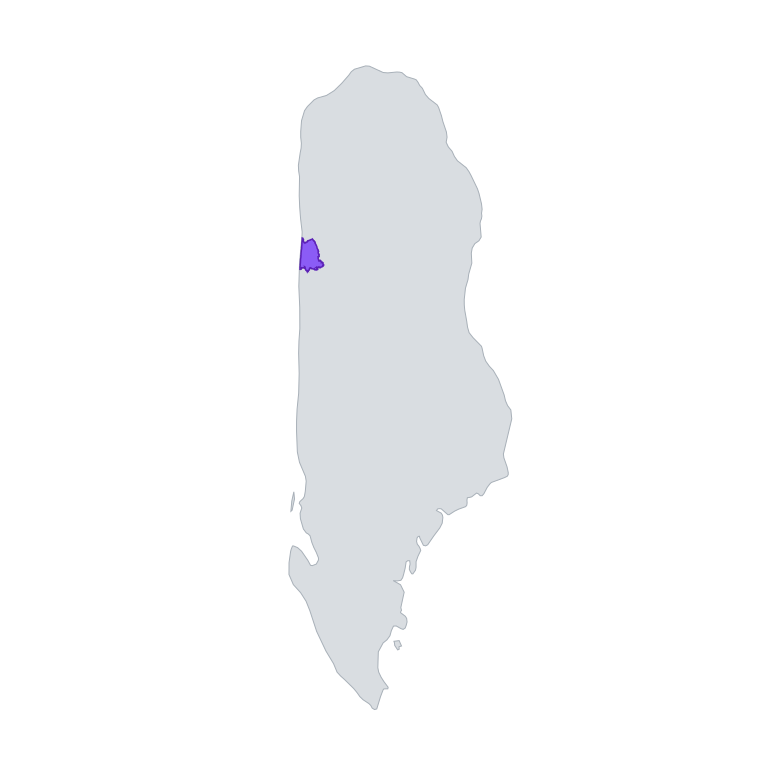 Manakara Atsimo, Vatovavy-Fitovinany, Madagascar (highlighted), rotated 165°
{"feature_id": "10022922B29911348985828", "entity_name": "Manakara Atsimo", "entity_type": "district", "adm_level": 2, "iso_a3": "MDG", "parent_name": "Madagascar", "parent_adm1": "Vatovavy-Fitovinany", "projection": "natural_earth1", "projection_center": [47.828, -21.964], "detail": "fine", "context": "in_parent", "style": "filled", "palette": "violet", "viewbox_px": 768, "rotation_deg": 165, "n_neighbors": 0, "source": "geoboundaries", "source_scale": "gbopen_adm2", "svg_char_len": 8055}
<svg xmlns="http://www.w3.org/2000/svg" viewBox="0 0 768 768"><g transform="rotate(165 384 384)"><path d="M488.2,88.2L490.0,93.1L492.1,97.7L498.7,108.9L501.5,113.2L503.9,117.8L505.1,126.9L509.2,141.1L513.1,162.5L514.3,184.4L515.5,194.4L518.5,203.9L523.5,213.7L525.1,224.6L522.0,235.9L517.5,246.5L516.4,248.4L514.3,251.2L513.3,251.0L509.8,248.3L506.9,243.8L503.2,233.3L501.9,227.9L500.3,227.1L496.0,227.6L492.9,230.9L492.3,233.0L493.0,238.9L494.1,244.3L494.7,249.7L494.7,256.5L495.9,258.6L497.6,260.3L499.4,264.8L499.6,275.5L498.5,280.9L495.5,285.5L495.7,288.0L496.8,290.7L495.7,292.2L491.7,294.3L490.0,296.0L487.8,300.7L484.3,310.3L483.8,315.2L485.9,330.2L485.3,340.7L480.7,361.0L478.1,370.6L474.5,382.1L468.8,397.2L463.2,416.2L458.5,435.8L455.0,447.6L451.0,459.1L445.6,479.6L441.0,500.4L434.1,523.3L424.7,548.8L423.7,552.1L421.8,565.2L419.7,576.5L417.2,587.7L411.9,606.2L411.3,611.9L410.1,617.4L405.1,629.0L403.0,633.3L401.5,637.9L400.6,643.8L399.1,649.4L395.5,659.7L390.0,668.6L386.2,671.8L378.1,676.5L374.0,677.5L364.9,677.6L356.1,680.3L347.0,685.4L338.2,691.3L334.8,694.1L331.1,695.7L319.4,696.0L315.9,694.8L304.2,685.1L299.7,683.5L291.1,682.1L288.5,681.3L286.1,680.1L282.6,675.0L275.7,670.7L274.1,669.4L273.0,666.4L272.3,663.2L270.4,659.7L269.1,652.9L266.8,648.2L260.4,639.8L259.7,637.1L259.1,628.3L259.2,622.3L258.5,611.3L259.2,606.1L261.4,601.4L260.5,596.4L258.0,591.1L257.1,585.6L255.3,580.6L248.6,571.6L247.0,567.2L245.9,562.6L243.2,548.3L242.9,543.4L243.2,532.8L244.0,527.4L245.6,523.7L246.0,520.9L247.1,518.4L248.6,516.5L249.7,514.2L252.1,500.8L255.2,497.8L259.9,496.1L263.6,492.5L265.8,487.8L267.9,478.0L273.7,468.3L275.8,463.2L280.5,455.5L284.7,444.7L286.0,439.6L286.9,434.4L287.9,422.9L288.6,417.2L288.5,411.5L286.0,405.7L280.1,395.2L280.0,393.2L280.4,385.4L279.8,379.7L277.7,374.0L274.9,368.7L272.2,358.8L270.8,342.3L271.0,336.4L270.2,331.1L268.2,326.1L269.6,317.3L286.8,285.5L287.3,281.7L286.6,272.0L286.9,266.3L287.5,264.3L288.8,263.0L291.8,262.4L305.8,261.1L307.6,260.1L311.1,257.4L315.9,252.2L318.1,250.7L320.0,251.2L321.3,253.5L322.8,254.7L328.5,252.3L330.7,252.3L332.9,252.6L333.9,250.5L334.5,247.6L335.4,245.5L336.9,244.4L344.2,243.8L348.8,242.9L354.9,240.9L356.2,241.3L361.0,248.6L362.5,249.2L364.4,249.5L366.1,248.2L362.1,244.4L361.5,242.2L361.7,239.8L363.8,234.5L367.4,230.5L375.2,224.4L383.4,217.4L385.7,216.9L387.7,218.0L389.3,226.3L389.1,227.7L390.4,227.9L391.9,226.8L393.3,223.5L393.3,220.7L392.2,218.1L391.7,215.8L391.6,213.7L395.8,208.8L399.0,204.1L400.5,198.6L401.8,196.0L405.3,193.1L406.3,193.5L407.1,195.9L407.5,198.4L406.7,200.9L405.4,203.3L404.9,206.6L406.8,207.2L408.7,206.4L411.3,200.5L414.4,194.9L416.2,192.0L418.5,190.0L422.3,190.4L426.0,191.7L420.0,185.8L418.4,177.7L425.6,163.7L425.7,160.8L426.7,159.9L427.2,158.8L423.5,154.1L422.8,151.7L423.3,148.2L425.1,145.0L426.7,142.8L429.0,142.0L430.8,143.2L434.8,147.1L437.5,147.7L440.7,143.9L443.4,139.3L447.4,136.1L451.9,134.1L458.8,126.8L463.4,111.5L463.7,107.0L462.7,101.6L461.1,96.5L458.5,90.0L459.2,88.6L463.0,89.5L464.2,88.6L468.3,82.9L475.1,72.0L477.4,72.0L479.3,74.0L480.0,77.0L481.3,79.2L485.9,84.4L488.2,88.2ZM440.9,131.2L441.0,132.9L435.8,132.2L434.9,126.4L437.5,126.3L438.0,123.9L439.6,123.6L441.3,128.7L440.9,131.2ZM503.4,294.7L499.0,303.2L500.2,296.1L505.4,285.9L506.9,285.1L503.4,294.7Z" fill="#d9dde1" stroke="#a8b0b8" stroke-width="1"/><path d="M411.9,514.0L411.7,514.2L411.7,514.4L411.4,514.6L411.5,515.0L411.8,515.2L411.9,515.5L411.8,515.8L411.9,516.0L411.7,516.2L411.5,516.7L411.7,516.8L411.9,517.1L412.1,517.2L412.8,517.3L412.6,517.5L412.3,517.8L412.6,518.0L412.8,518.2L413.0,518.4L413.1,518.7L413.2,518.9L413.1,519.1L413.1,519.3L413.4,519.6L413.5,519.6L413.6,519.4L413.8,520.0L414.3,519.7L414.4,519.8L414.5,519.8L414.7,519.6L414.9,519.5L415.1,519.7L415.2,519.9L415.1,520.3L415.1,520.7L415.0,521.0L415.0,521.3L415.2,521.7L415.2,521.8L415.1,522.2L415.1,522.8L414.8,523.1L414.8,523.3L414.8,523.8L414.8,524.0L414.5,524.0L414.2,524.0L414.0,523.8L413.9,523.8L413.7,523.9L413.7,524.2L413.6,524.3L413.7,524.6L413.5,524.8L413.5,525.0L413.5,525.3L413.4,525.3L413.2,525.4L413.1,525.5L413.2,526.0L413.3,526.2L413.3,526.6L413.5,526.7L413.5,526.8L413.5,527.0L413.7,527.4L413.7,527.5L413.7,527.8L413.5,528.0L413.4,528.3L413.3,528.6L413.1,528.8L412.9,528.9L412.9,529.0L413.2,529.6L413.3,529.7L413.2,529.9L413.0,530.0L412.8,530.2L412.8,530.3L412.9,530.5L413.0,530.8L413.2,531.1L413.2,531.4L413.2,531.5L413.3,531.6L413.3,531.9L413.4,532.1L413.4,532.4L413.4,532.6L413.5,532.8L413.4,533.0L413.4,533.3L413.4,533.5L413.3,534.0L413.4,534.3L413.4,534.6L413.5,535.1L413.5,535.4L413.7,535.7L413.6,536.0L413.8,536.8L413.9,537.0L414.0,537.2L414.0,537.6L414.1,537.8L413.9,538.0L413.9,538.3L414.1,538.4L414.1,538.6L413.9,538.9L414.0,539.0L414.1,539.4L414.2,539.5L414.3,539.9L414.4,540.1L414.5,540.2L414.5,540.3L414.8,540.3L415.0,540.8L415.0,541.1L415.0,541.3L415.3,541.5L415.5,541.9L415.5,542.3L415.6,542.5L415.9,542.2L416.1,542.3L416.3,542.4L416.7,542.5L417.1,542.4L417.4,542.4L417.6,542.3L417.7,542.2L417.9,542.2L418.1,542.1L418.3,542.2L418.9,542.2L419.2,542.1L419.5,542.1L420.1,541.9L420.2,542.0L420.4,542.1L420.6,542.0L420.8,542.0L420.9,541.6L421.2,541.2L421.4,541.1L421.5,541.2L422.1,541.1L422.3,541.2L422.5,541.1L422.8,541.1L422.9,540.9L422.9,540.7L423.0,540.6L423.3,540.6L423.5,541.0L423.8,541.1L424.1,541.1L424.4,541.1L424.5,541.0L424.7,541.5L424.7,541.8L424.7,542.1L424.7,542.4L424.8,542.5L425.2,542.7L425.3,542.9L425.3,543.0L425.1,543.2L425.0,543.3L424.8,543.5L424.7,543.7L424.7,543.9L424.5,544.0L424.5,544.3L424.4,544.4L424.5,544.7L424.5,544.8L424.5,545.1L424.7,545.4L424.8,545.6L424.8,546.0L425.2,546.1L425.2,545.9L425.3,545.7L425.5,545.2L425.5,544.8L425.7,544.4L426.0,543.5L426.3,542.9L426.4,542.5L426.6,542.1L426.9,541.2L427.1,540.6L427.1,540.3L427.5,539.2L427.6,538.9L427.8,538.4L428.3,537.2L428.2,537.0L428.2,536.8L428.6,535.9L428.9,535.2L429.1,534.8L429.2,534.7L429.3,534.4L429.5,533.8L429.8,533.0L430.4,531.5L430.4,531.3L430.6,530.8L430.6,530.6L431.2,529.3L431.1,529.2L431.3,528.5L431.7,527.5L432.3,526.2L432.5,525.5L432.7,524.8L433.1,523.6L433.4,522.6L434.1,520.9L434.1,520.5L434.3,520.0L434.6,519.5L434.7,519.0L435.0,518.3L435.1,517.6L435.4,516.7L435.2,516.7L435.0,516.4L434.9,516.3L434.7,516.4L434.4,516.4L434.4,516.5L433.9,516.7L433.8,516.9L433.9,517.1L433.8,517.3L433.8,517.5L433.7,517.8L433.0,517.5L432.7,517.4L432.3,517.0L432.1,517.0L431.8,517.2L431.7,517.1L431.4,517.1L431.2,517.1L431.1,516.9L431.0,517.1L430.9,517.1L430.7,516.8L430.3,517.3L430.3,517.5L430.3,517.8L430.1,517.6L430.1,517.3L430.0,517.0L430.1,516.5L430.3,516.4L430.3,516.2L430.1,516.1L430.1,515.6L430.1,515.0L430.1,514.7L430.1,514.4L430.0,514.1L429.8,513.9L429.7,513.7L429.5,513.8L429.3,513.6L429.3,513.4L429.2,513.4L429.3,513.1L429.2,513.0L429.1,512.9L429.1,512.5L429.0,512.4L429.0,512.2L428.9,512.3L428.7,512.5L428.4,512.8L428.3,512.7L428.2,512.8L428.1,512.7L428.1,512.8L428.2,513.0L427.7,513.1L427.3,513.4L427.2,513.3L426.9,513.4L426.8,513.5L426.6,513.5L426.4,513.9L426.0,514.3L426.1,514.5L426.1,514.9L426.0,515.1L425.7,515.2L425.5,515.3L425.3,515.3L425.2,515.0L424.7,515.2L424.4,514.7L424.2,514.6L424.1,514.1L423.8,514.0L423.6,513.9L423.0,513.7L422.7,513.4L422.4,513.4L422.2,513.3L422.1,513.2L421.8,513.2L421.5,513.3L421.5,513.1L421.5,512.8L421.5,512.7L421.5,512.4L421.3,512.4L421.1,512.3L420.6,512.0L420.2,511.9L420.1,511.7L419.7,511.8L419.7,511.7L419.3,511.6L419.2,511.7L418.9,511.8L419.0,512.0L418.9,512.0L418.6,512.0L418.5,511.8L418.4,511.8L418.4,512.0L418.5,512.2L418.5,512.4L418.8,512.7L419.1,513.4L419.3,513.7L419.4,513.8L419.6,514.0L419.3,514.1L419.1,514.2L418.9,514.3L418.9,514.1L418.7,513.7L418.4,513.2L418.2,513.0L418.1,513.3L417.9,513.5L417.8,513.3L417.7,513.3L417.4,513.5L417.1,514.0L416.8,514.0L416.9,513.8L416.8,513.5L416.6,513.3L416.4,513.1L416.2,513.2L415.8,513.2L415.7,513.2L415.5,512.9L415.3,513.0L415.1,512.9L415.0,513.0L414.8,513.1L414.6,513.3L414.1,513.2L413.9,513.2L413.7,513.2L413.5,513.3L413.3,513.3L413.1,513.3L412.9,513.4L412.6,513.6L412.6,514.0L412.3,513.8L412.2,513.8L412.0,514.2L411.9,514.0Z" fill="#8b5cf6" stroke="#5b21b6" stroke-width="1.5"/></g></svg>